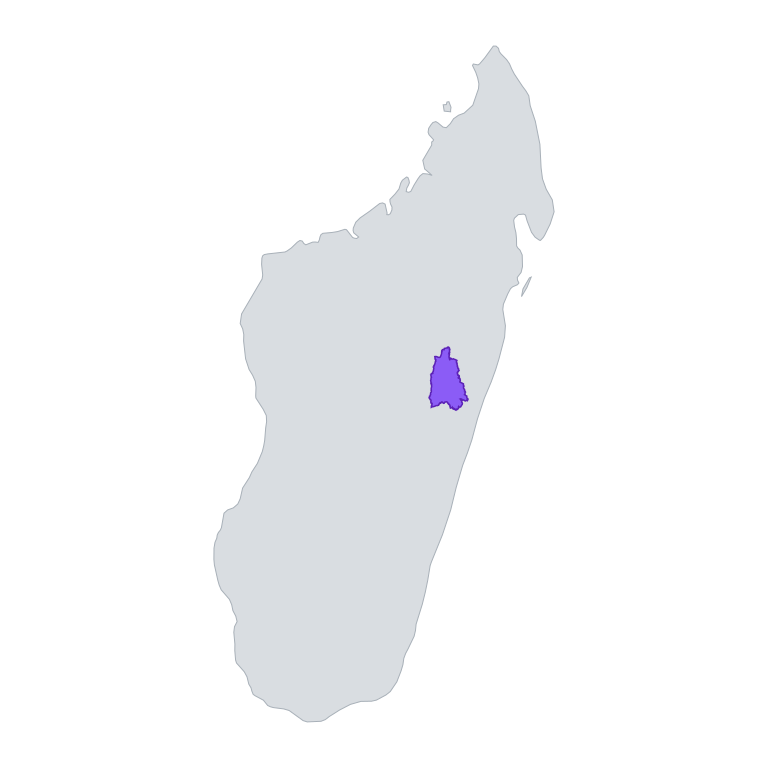 Moramanga, Alaotra-Mangoro, Madagascar shown in context
{"feature_id": "10022922B82658288648411", "entity_name": "Moramanga", "entity_type": "district", "adm_level": 2, "iso_a3": "MDG", "parent_name": "Madagascar", "parent_adm1": "Alaotra-Mangoro", "projection": "albers", "projection_center": [48.208, -18.729], "detail": "fine", "context": "in_parent", "style": "filled", "palette": "violet", "viewbox_px": 768, "rotation_deg": 0, "n_neighbors": 0, "source": "geoboundaries", "source_scale": "gbopen_adm2", "svg_char_len": 8778}
<svg xmlns="http://www.w3.org/2000/svg" viewBox="0 0 768 768"><path d="M509.5,63.8L511.7,69.0L514.3,74.0L522.4,86.2L525.9,90.9L528.8,95.8L530.2,105.7L535.3,121.2L539.9,144.3L541.1,168.0L542.5,178.9L546.2,189.2L552.3,199.9L554.1,211.8L550.2,223.9L544.6,235.3L543.2,237.5L540.5,240.4L539.4,240.2L535.1,237.2L531.5,232.3L527.1,220.9L525.5,215.1L523.6,214.1L518.3,214.6L514.4,218.2L513.7,220.4L514.5,226.9L515.9,232.7L516.5,238.6L516.6,246.0L518.0,248.2L520.0,250.1L522.2,255.0L522.5,266.6L521.1,272.4L517.3,277.4L517.5,280.1L518.9,283.0L517.5,284.7L512.6,286.8L510.5,288.7L507.8,293.8L503.4,304.2L502.8,309.5L505.4,325.7L504.6,337.2L498.9,359.1L495.7,369.5L491.2,381.9L484.3,398.3L477.5,418.8L471.8,440.0L467.5,452.7L462.7,465.3L456.2,487.4L450.7,509.9L442.5,534.6L431.3,562.2L430.1,565.8L427.8,579.9L425.3,592.1L422.3,604.2L416.1,624.2L415.5,630.4L414.1,636.3L408.1,648.8L405.6,653.5L403.8,658.4L402.9,664.7L401.1,670.8L396.8,681.9L390.3,691.5L385.9,695.0L376.4,700.1L371.6,701.2L360.8,701.4L350.4,704.4L339.6,710.0L329.3,716.5L325.3,719.6L321.0,721.3L307.2,721.9L303.1,720.6L289.1,710.5L283.7,708.9L273.5,707.6L270.5,706.8L267.7,705.5L263.4,700.2L255.2,695.8L253.2,694.4L251.9,691.2L251.0,687.8L248.8,684.1L247.0,676.8L244.3,671.8L236.5,663.0L235.6,660.1L234.8,650.6L234.9,644.1L233.8,632.3L234.5,626.7L237.1,621.6L235.8,616.2L232.9,610.6L231.7,604.7L229.4,599.3L221.2,589.8L219.2,585.1L217.8,580.2L214.4,564.9L213.9,559.5L214.0,548.2L215.0,542.3L216.8,538.2L217.2,535.1L218.4,532.5L220.2,530.3L221.4,527.8L224.0,513.2L227.7,509.9L233.3,507.9L237.8,504.0L240.2,498.8L242.6,488.1L249.4,477.5L251.9,471.9L257.4,463.4L262.3,451.6L263.7,446.0L264.7,440.3L265.7,427.9L266.6,421.7L266.3,415.5L263.2,409.3L255.9,398.0L255.7,395.9L256.0,387.4L255.3,381.3L252.6,375.2L249.1,369.5L245.6,358.8L243.6,341.0L243.8,334.6L242.7,328.9L240.2,323.5L241.6,313.9L262.1,279.0L262.7,274.9L261.6,264.4L261.9,258.2L262.6,255.9L264.2,254.6L267.8,253.9L285.0,252.0L287.2,250.9L291.4,247.9L297.3,242.2L299.9,240.5L302.3,241.1L303.8,243.5L305.8,244.8L312.7,242.1L315.3,242.0L318.1,242.4L319.3,240.0L320.0,236.9L321.0,234.6L322.9,233.3L331.8,232.5L337.5,231.6L344.9,229.3L346.5,229.7L352.6,237.5L354.4,238.2L356.7,238.5L358.7,237.0L353.8,232.9L353.1,230.6L353.3,228.0L355.8,222.2L360.1,217.9L369.7,211.2L379.7,203.5L382.6,202.9L385.1,204.1L387.1,213.1L386.8,214.6L388.5,214.8L390.3,213.7L391.9,210.0L392.0,207.0L390.6,204.1L390.0,201.7L389.9,199.4L395.0,194.1L399.0,189.0L400.8,183.0L402.4,180.2L406.6,177.0L407.9,177.5L408.9,180.0L409.4,182.7L408.3,185.4L406.8,188.1L406.2,191.6L408.6,192.3L410.8,191.4L414.1,185.0L417.8,179.0L420.1,175.8L422.9,173.6L427.6,174.0L432.1,175.4L424.7,169.0L422.8,160.3L431.7,145.1L431.7,142.0L433.0,141.0L433.6,139.8L429.0,134.7L428.1,132.2L428.7,128.3L430.9,124.9L432.9,122.5L435.8,121.6L438.0,122.9L443.0,127.1L446.3,127.7L450.3,123.7L453.6,118.7L458.6,115.2L464.2,113.1L472.8,105.2L478.5,88.7L478.9,83.9L477.7,78.0L475.8,72.4L472.5,65.5L473.3,64.0L478.0,64.9L479.6,63.9L484.8,57.8L493.3,46.1L496.1,46.1L498.5,48.3L499.3,51.6L501.0,53.9L506.6,59.6L509.5,63.8ZM450.6,110.0L450.6,111.8L444.2,111.1L443.2,104.8L446.3,104.6L447.0,102.0L448.9,101.7L451.0,107.3L450.6,110.0ZM526.9,287.5L521.5,296.6L523.0,288.9L529.4,277.9L531.2,277.1L526.9,287.5Z" fill="#d9dde1" stroke="#a8b0b8" stroke-width="1"/><path d="M431.0,401.0L430.8,401.5L430.9,402.3L430.9,402.5L430.9,402.9L431.3,403.2L431.7,403.1L432.0,403.3L432.0,403.5L432.1,403.8L431.9,404.0L431.8,404.3L432.0,405.2L431.4,405.8L431.4,406.4L431.3,406.7L431.4,406.9L431.3,407.1L431.3,407.3L431.8,407.0L432.5,406.8L433.7,406.6L434.3,406.4L435.4,406.0L436.0,405.6L437.6,405.6L437.8,405.4L438.6,405.2L438.9,404.7L438.8,404.3L439.3,404.0L439.5,403.5L439.8,403.5L440.1,403.4L440.0,403.1L440.1,402.7L440.4,402.7L440.7,402.7L440.8,402.8L440.7,403.0L440.9,403.0L441.2,402.7L441.3,402.3L441.6,402.0L441.9,401.9L442.3,402.1L442.9,402.7L443.1,403.1L443.4,403.3L443.7,403.3L443.9,403.1L444.1,403.1L444.3,403.1L444.5,402.6L445.0,402.0L445.3,402.1L446.1,401.8L446.6,401.8L447.2,402.1L447.4,402.3L447.4,402.6L447.5,402.8L447.7,403.1L448.0,403.1L448.5,404.2L448.6,404.3L449.2,404.3L449.2,404.7L449.9,405.1L450.0,405.4L449.8,406.0L450.2,406.4L450.1,406.7L450.2,407.5L450.4,408.1L451.2,407.8L451.9,407.6L452.1,407.4L452.1,407.7L452.3,407.9L452.5,407.9L452.4,408.2L452.6,408.5L452.9,408.6L453.4,408.4L453.4,408.9L453.8,408.8L453.8,409.2L454.2,409.3L454.4,409.2L454.6,409.2L454.8,409.0L455.1,409.2L455.3,409.3L455.2,409.6L455.2,409.8L455.3,409.9L455.5,410.0L455.8,410.1L455.8,409.6L456.3,409.3L456.5,409.2L456.6,409.3L457.0,409.6L457.5,409.4L457.5,408.9L458.0,408.8L458.4,408.5L458.6,408.1L458.4,407.3L458.5,406.6L458.6,406.4L459.1,406.9L459.3,407.2L459.9,407.1L460.6,406.9L460.9,406.5L461.5,405.3L461.8,405.0L462.2,404.5L462.4,403.7L462.4,403.4L462.2,402.7L461.9,402.4L462.0,402.3L461.5,400.7L460.9,400.2L460.8,399.9L460.5,399.2L460.2,399.0L460.7,398.8L461.9,399.2L462.1,399.5L462.5,400.1L462.8,400.2L463.7,399.9L464.4,400.5L464.9,400.8L465.1,400.9L465.6,400.9L465.9,400.8L466.3,400.5L466.7,400.0L467.0,400.1L467.4,400.6L467.7,400.1L467.8,399.8L468.0,399.5L467.9,398.9L467.8,398.6L467.7,398.5L467.4,398.5L467.0,398.2L466.8,397.5L466.8,396.1L466.7,395.9L466.1,395.8L465.6,395.4L465.3,394.9L465.0,394.9L464.6,394.7L464.9,394.4L464.9,394.1L465.1,393.7L465.0,393.2L465.0,392.9L465.0,392.5L465.3,392.3L465.5,392.1L465.3,391.8L465.2,391.8L465.1,391.4L465.0,391.2L464.5,390.9L464.7,390.6L464.7,390.3L464.5,389.3L464.2,389.0L463.7,388.7L463.8,388.5L463.5,387.6L463.5,387.0L463.6,386.7L463.5,386.2L463.9,386.0L463.7,385.8L463.6,385.4L463.4,385.1L463.4,384.9L463.4,384.6L463.5,384.0L463.3,383.7L462.9,383.7L462.4,383.4L462.0,383.0L461.3,382.8L460.9,382.5L460.0,382.2L459.9,382.0L459.9,381.3L460.1,381.2L460.3,380.9L460.3,380.5L460.3,380.0L460.3,379.9L460.1,379.7L460.0,379.2L459.8,379.0L459.9,378.6L459.2,378.3L458.5,378.2L458.2,377.9L458.3,377.8L458.5,377.6L459.1,377.3L459.0,377.2L459.0,376.9L459.0,376.6L459.3,376.6L459.3,376.3L459.1,376.2L459.2,375.7L458.7,375.3L458.3,375.7L457.8,375.2L457.8,374.8L457.8,374.6L457.6,374.5L457.6,374.3L457.5,373.9L457.6,373.7L457.3,373.2L457.2,372.9L457.6,371.9L457.8,371.8L458.2,371.8L458.3,371.2L458.7,371.0L458.8,370.8L459.0,370.5L459.1,370.4L459.0,370.2L458.6,370.0L458.4,370.1L458.2,370.4L458.5,369.6L458.6,368.8L458.1,368.5L457.8,368.2L457.9,367.5L457.9,367.4L457.7,367.4L457.5,366.9L457.3,366.4L457.3,366.1L457.5,365.9L457.2,365.1L457.2,364.8L457.0,364.4L457.1,363.4L456.8,363.3L456.5,362.8L456.7,362.4L456.5,362.1L456.4,361.8L456.6,361.4L456.5,361.2L456.6,360.7L456.9,360.4L456.7,360.2L456.0,360.0L455.1,359.5L454.7,359.4L453.8,359.1L453.4,358.8L452.9,359.0L452.1,359.2L451.9,359.0L451.7,359.0L451.5,358.7L451.3,358.6L450.8,358.6L450.8,358.4L450.7,358.1L450.2,358.1L450.0,359.6L449.7,359.7L449.4,358.9L449.3,358.3L449.3,358.1L449.3,357.7L449.1,357.5L449.2,357.2L449.1,356.9L449.0,356.7L449.0,356.3L449.1,356.2L449.2,355.9L449.1,355.5L449.2,355.3L449.5,354.6L449.3,354.3L449.3,354.0L449.0,353.9L449.2,353.7L448.9,353.5L448.9,353.2L449.0,352.8L449.5,352.7L449.7,352.3L449.5,352.2L449.4,351.7L449.6,350.9L449.5,350.3L449.7,350.0L449.4,349.7L449.4,349.1L449.6,349.0L449.4,348.8L449.4,348.4L449.4,348.2L449.1,348.0L449.2,347.8L449.0,347.5L448.8,347.5L448.7,347.6L448.8,347.4L448.5,347.1L448.1,347.1L447.6,347.2L447.6,347.8L447.3,348.0L446.8,347.9L445.9,348.2L444.3,348.4L444.2,348.6L444.3,348.9L444.2,349.2L444.1,349.7L443.1,349.6L442.7,349.7L442.4,350.0L442.3,349.9L441.7,350.8L441.8,351.2L442.0,351.4L442.0,351.7L441.9,351.9L441.6,352.0L441.6,352.3L441.6,353.5L441.2,354.8L440.4,356.8L440.2,357.0L439.8,357.4L439.5,357.4L438.4,357.3L437.9,357.2L437.6,357.0L436.6,356.6L435.7,356.5L434.8,356.6L435.1,358.1L435.0,358.8L435.4,359.8L435.8,359.8L435.7,360.4L435.8,361.2L435.7,361.5L435.4,361.7L435.2,361.9L435.2,362.8L434.4,365.2L433.9,365.4L433.9,366.5L433.8,366.8L433.6,367.0L433.3,367.1L433.6,367.8L433.8,368.6L433.5,369.6L433.6,370.0L433.2,371.1L433.3,371.6L432.9,371.9L432.6,372.7L432.6,373.1L432.8,373.4L432.7,373.5L432.5,373.3L431.8,373.5L431.6,373.5L431.5,373.8L431.1,374.0L431.1,374.4L431.0,374.9L430.8,375.0L431.0,375.3L431.0,376.0L431.1,376.3L431.1,376.6L431.3,376.8L431.5,377.2L431.0,377.9L431.0,379.7L430.9,379.9L430.7,380.1L430.6,380.4L431.0,382.1L430.9,383.0L430.9,383.7L431.0,383.9L431.4,383.7L431.4,383.9L431.6,384.6L431.4,385.0L431.6,385.5L431.6,386.8L431.3,388.0L431.3,388.4L431.1,388.9L431.1,389.2L431.3,389.5L431.3,390.0L431.1,390.6L431.4,390.9L431.4,391.1L431.2,392.2L430.8,392.5L430.6,392.9L430.5,394.2L430.6,394.4L430.4,394.6L430.4,395.1L430.2,395.2L430.0,395.7L430.0,395.9L429.8,396.1L429.8,396.4L429.5,396.4L429.5,397.0L429.1,397.4L429.2,398.1L429.5,398.3L429.7,398.9L429.9,399.0L430.2,399.3L430.3,399.4L430.3,399.8L431.0,400.1L431.0,401.0Z" fill="#8b5cf6" stroke="#5b21b6" stroke-width="1.5"/></svg>